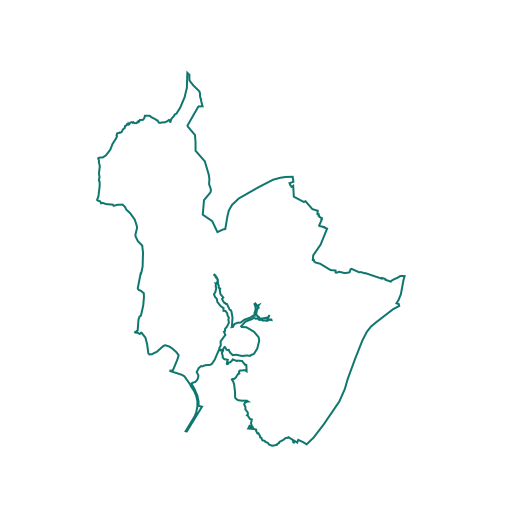 ÅrÄkei Local Board Area, Auckland, New Zealand (Mercator projection), rotated 254°
{"feature_id": "76426892B76499292811538", "entity_name": "ÅrÄkei Local Board Area", "entity_type": "district", "adm_level": 2, "iso_a3": "NZL", "parent_name": "New Zealand", "parent_adm1": "Auckland", "projection": "mercator", "projection_center": [174.831, -36.875], "detail": "fine", "context": "isolated", "style": "outline", "palette": "teal", "viewbox_px": 512, "rotation_deg": 254, "n_neighbors": 0, "source": "geoboundaries", "source_scale": "gbopen_adm2", "svg_char_len": 6112}
<svg xmlns="http://www.w3.org/2000/svg" viewBox="0 0 512 512"><g transform="rotate(254 256 256)"><path d="M106.4,141.1L126.0,162.5L127.8,159.5L132.1,160.7L138.0,161.1L145.8,160.1L150.9,158.7L151.6,159.7L151.6,162.9L152.9,165.0L154.7,166.7L157.1,167.7L160.8,167.0L164.1,170.1L165.3,172.9L164.7,174.0L165.0,177.2L164.0,181.8L164.4,183.8L167.8,187.8L175.8,194.3L173.9,198.0L172.1,196.4L169.0,196.5L167.9,196.0L165.6,197.0L164.0,200.2L160.6,198.2L160.0,198.4L160.0,199.4L161.1,200.5L160.9,201.8L161.8,203.7L163.0,205.1L160.3,208.7L160.5,209.6L158.9,213.7L154.5,215.4L153.8,216.1L154.2,216.4L153.9,216.7L147.8,215.2L149.3,213.9L150.3,208.6L149.1,207.6L147.7,207.6L147.4,206.0L144.8,203.2L143.9,201.4L144.3,199.3L143.8,198.7L142.2,199.4L138.8,199.6L131.3,198.4L125.6,196.9L123.8,197.7L122.3,199.1L121.0,202.0L119.5,207.3L118.3,208.3L118.6,206.9L118.2,206.6L118.0,204.8L116.6,203.7L113.8,204.2L111.5,203.5L108.0,204.9L106.4,204.7L105.4,203.6L105.2,204.0L101.1,205.2L100.0,206.9L96.6,205.1L93.9,205.1L92.6,205.6L92.9,203.9L93.4,204.0L94.5,203.0L92.3,201.0L90.2,206.4L89.0,208.3L87.8,207.9L85.0,208.5L85.0,209.5L81.9,210.2L80.5,210.0L79.8,211.0L77.1,211.3L75.9,213.4L75.1,213.5L72.9,216.0L71.1,216.6L69.1,219.3L68.7,224.0L69.3,224.3L69.8,226.5L70.5,226.8L70.9,227.7L71.6,231.2L72.9,234.5L72.4,236.5L72.9,237.2L68.5,241.2L68.1,240.7L67.4,241.5L66.6,240.6L66.2,241.0L67.4,242.3L65.3,244.2L67.6,245.9L64.0,250.1L61.0,252.7L65.5,261.2L75.4,274.6L93.2,296.0L103.5,304.6L112.7,310.4L129.8,322.9L145.5,335.0L152.6,341.7L156.5,347.1L159.0,352.8L167.1,373.2L168.5,379.9L170.4,380.0L171.8,378.0L174.2,380.7L179.3,384.7L192.1,391.1L195.7,393.3L196.8,390.0L196.9,388.8L196.2,386.6L195.5,381.8L194.8,379.3L194.2,378.5L197.5,373.8L198.3,373.9L200.2,371.0L199.6,370.6L209.4,356.4L209.3,356.0L211.6,352.4L211.9,350.7L217.3,344.3L217.2,343.3L214.6,341.4L214.5,340.8L215.1,336.6L218.0,331.5L217.7,329.3L218.2,328.0L220.1,328.5L221.9,323.8L230.9,315.5L233.0,311.9L234.3,310.5L236.2,310.5L236.5,309.5L240.9,311.2L249.1,321.2L262.7,331.9L265.1,328.8L265.3,329.1L267.3,325.2L267.9,325.1L272.9,329.3L273.3,329.0L274.2,329.8L276.2,327.7L277.5,327.8L277.7,327.2L279.0,327.7L279.5,326.6L282.5,327.8L285.5,323.1L295.0,318.7L294.7,316.9L302.6,308.7L313.2,311.1L312.6,309.3L315.0,308.4L316.8,308.3L317.0,312.4L322.0,313.1L323.7,306.8L324.5,301.3L324.6,293.4L321.4,277.3L316.1,255.5L311.8,247.1L307.3,242.5L302.7,239.8L290.4,233.9L290.6,231.5L289.6,225.5L301.6,223.5L310.4,216.2L324.0,221.4L329.6,229.6L331.2,230.7L333.1,231.0L337.9,230.7L343.2,232.5L347.4,233.0L361.1,232.9L373.8,226.9L381.9,229.2L389.1,230.7L399.3,226.1L400.3,226.1L415.3,241.5L415.6,242.1L414.6,245.9L420.4,246.0L421.9,246.5L422.7,246.1L425.5,246.3L427.0,246.9L429.7,247.0L437.2,242.8L442.0,240.8L443.4,240.5L448.5,241.9L451.0,240.5L436.7,235.9L428.1,231.0L419.6,224.1L414.8,218.8L414.4,216.8L413.4,216.0L411.0,212.3L408.5,210.7L408.7,210.4L410.1,210.6L410.8,209.9L410.0,207.9L409.6,204.8L410.2,203.4L410.3,201.0L410.9,199.4L413.6,198.6L413.9,197.8L414.9,197.3L418.5,193.4L419.9,192.8L420.7,190.6L421.4,187.8L420.1,187.2L418.2,185.3L418.1,184.2L418.8,182.0L417.7,181.0L418.1,180.3L417.2,180.1L416.9,179.1L417.3,178.7L416.7,177.6L417.2,175.8L418.5,174.9L418.1,174.1L418.9,173.5L418.9,172.0L417.5,170.3L417.5,169.8L418.4,169.6L417.6,169.0L418.2,168.3L417.3,167.4L417.0,165.9L415.3,165.2L414.3,162.9L412.3,161.1L411.9,159.7L412.3,158.9L412.0,158.5L412.2,156.4L410.5,155.2L409.5,155.4L407.7,154.0L403.3,149.0L398.2,145.1L394.2,139.6L393.0,136.1L393.7,132.5L393.4,131.2L391.1,131.4L389.6,130.8L385.3,130.6L378.7,127.8L375.3,127.4L371.9,125.8L370.7,126.2L366.6,125.1L357.0,121.1L353.7,118.7L352.9,119.2L351.4,121.3L349.3,121.6L349.3,123.3L347.2,126.2L344.9,132.4L343.5,133.0L343.4,137.1L342.1,142.0L339.0,143.7L336.4,144.1L331.7,146.9L324.3,149.5L317.2,149.7L315.4,149.2L310.0,146.1L308.0,145.6L302.6,146.6L297.4,149.5L290.3,148.3L277.1,144.1L272.7,141.8L270.8,140.6L271.0,140.3L257.5,133.4L255.8,133.8L254.1,135.9L251.1,137.9L247.2,136.9L239.6,134.0L230.5,129.0L229.8,127.3L227.2,125.5L217.0,121.7L216.1,118.7L215.6,118.9L215.0,120.9L213.1,122.8L214.0,124.5L213.6,124.9L208.0,127.2L201.0,127.0L192.2,125.7L190.7,126.4L190.3,128.8L191.3,134.4L194.9,141.8L195.3,144.0L192.8,147.8L190.2,150.0L185.8,152.8L182.0,154.3L178.3,152.0L169.5,145.0L169.6,144.6L168.3,143.6L169.4,142.1L169.0,141.9L162.2,152.0L160.1,154.0L150.5,157.4L149.5,157.3L143.3,159.3L138.0,160.0L132.3,159.6L127.1,158.0L121.8,155.2L118.6,152.6L107.0,140.1L106.4,141.1ZM176.2,195.1L177.5,195.3L180.0,197.6L183.7,198.4L188.6,204.8L192.0,204.3L192.3,205.4L194.6,206.3L196.2,208.7L199.4,211.6L202.5,211.9L204.2,212.9L206.4,212.3L209.0,212.5L211.6,211.5L212.3,209.6L214.9,210.4L217.5,208.2L222.5,206.2L225.7,206.5L227.8,205.4L230.0,205.1L230.9,205.1L232.4,206.9L236.4,209.1L237.8,208.8L240.1,209.8L240.8,209.6L240.6,210.2L241.2,211.2L243.0,212.5L244.6,212.4L246.8,211.4L248.3,211.5L249.0,210.6L249.6,210.9L250.0,211.6L249.1,210.8L248.4,211.7L247.0,211.7L246.7,212.2L243.9,212.8L239.2,211.7L237.9,212.1L236.9,211.6L234.9,211.8L234.8,212.4L234.3,212.6L233.5,211.8L229.2,211.3L225.1,213.1L224.1,211.6L222.1,211.8L219.6,212.7L219.4,213.3L218.4,213.6L218.0,214.8L211.6,215.9L210.9,216.8L209.2,217.1L203.1,216.4L195.2,213.5L195.1,213.8L194.3,213.1L194.1,214.1L196.6,216.6L196.9,220.5L196.3,222.2L196.4,223.4L198.0,227.3L198.3,233.3L199.3,236.5L199.5,237.7L199.1,238.3L201.3,238.7L204.5,240.8L207.1,241.5L210.2,241.3L210.6,242.3L207.8,243.3L208.1,245.2L206.7,243.5L205.6,244.4L205.7,245.2L205.4,243.5L204.0,242.1L200.1,240.1L197.9,240.7L197.0,241.7L194.8,242.6L194.3,243.6L193.6,250.4L195.5,252.8L193.5,250.9L192.7,249.3L191.6,250.3L190.7,253.2L190.2,253.2L191.0,251.6L190.6,248.7L191.7,246.7L191.9,245.0L192.9,244.0L193.8,241.3L195.7,240.2L195.7,238.5L197.3,236.9L196.5,235.1L195.8,227.8L192.5,222.3L191.7,222.7L190.1,227.2L183.7,233.2L177.3,236.1L173.8,235.8L166.8,231.8L162.7,227.3L162.3,226.0L162.2,224.0L161.6,222.7L162.8,220.2L163.8,214.8L166.5,209.9L167.1,206.3L170.4,204.4L173.3,203.9L173.3,202.9L174.0,201.9L176.9,201.1L177.2,200.7L175.8,198.9L174.5,198.4L176.2,195.1Z" fill="none" stroke="#0f766e" stroke-width="2"/></g></svg>